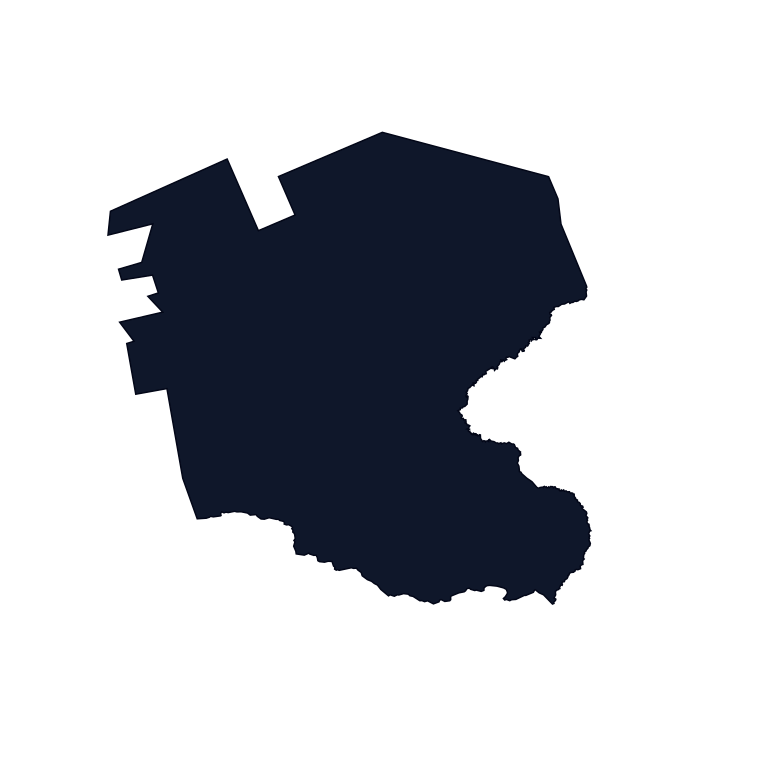 the district of Anta, Salta, Argentina, rotated 247°
{"feature_id": "61730980B73249877879896", "entity_name": "Anta", "entity_type": "district", "adm_level": 2, "iso_a3": "ARG", "parent_name": "Argentina", "parent_adm1": "Salta", "projection": "mercator", "projection_center": [-64.349, -24.908], "detail": "fine", "context": "isolated", "style": "filled", "palette": "ink", "viewbox_px": 768, "rotation_deg": 247, "n_neighbors": 0, "source": "geoboundaries", "source_scale": "gbopen_adm2", "svg_char_len": 6171}
<svg xmlns="http://www.w3.org/2000/svg" viewBox="0 0 768 768"><g transform="rotate(247 384 384)"><path d="M115.6,453.1L115.6,454.7L116.7,454.8L117.8,457.3L118.8,458.1L120.6,456.9L122.8,459.6L126.1,460.7L126.8,462.9L126.6,464.6L127.5,465.5L127.2,466.0L128.2,466.1L129.9,468.2L129.1,469.3L130.0,470.0L131.1,469.8L132.0,470.9L131.6,472.8L133.0,473.9L133.4,476.5L134.9,478.2L135.8,478.3L135.9,479.6L137.3,480.8L137.4,482.7L136.7,484.8L137.2,486.8L138.2,487.4L138.1,488.8L137.3,489.9L137.2,492.8L139.7,493.4L140.4,495.2L140.2,496.6L143.8,497.8L144.7,499.9L145.6,499.5L146.7,500.0L149.0,501.3L149.5,502.4L151.2,503.0L151.2,504.4L152.4,505.7L153.2,507.6L154.2,508.3L154.7,510.3L156.7,511.7L160.7,511.7L161.5,512.9L162.8,512.8L163.7,514.1L166.1,513.8L168.2,515.8L168.1,517.1L169.3,516.7L171.9,517.2L172.7,516.8L173.2,517.5L173.9,517.3L174.7,517.9L176.0,516.8L177.9,516.8L179.1,518.2L180.8,518.1L181.1,519.3L184.1,518.5L185.6,520.1L187.2,520.3L192.1,517.6L192.8,517.8L192.8,519.1L194.0,519.1L195.3,517.4L197.3,517.9L198.7,517.4L200.0,516.1L201.6,516.7L203.8,515.0L204.2,515.7L206.2,515.2L208.3,516.0L208.7,515.2L209.6,515.1L210.4,514.3L210.4,513.0L212.4,512.6L213.1,510.5L214.5,509.8L214.7,508.1L216.3,508.0L216.1,506.0L217.2,505.8L216.8,504.3L218.2,503.7L218.8,504.2L220.6,501.5L222.4,501.4L222.8,500.4L222.3,499.3L223.6,499.1L224.6,497.1L223.9,495.8L225.0,495.2L224.5,494.1L225.1,493.2L226.0,493.2L226.1,492.1L227.1,491.6L227.0,490.6L226.4,490.1L227.2,489.4L227.8,487.1L227.4,485.9L229.1,484.3L236.1,482.1L241.6,478.6L247.5,475.8L249.3,475.6L250.4,474.5L255.7,476.1L259.1,475.8L261.0,477.8L263.8,478.6L265.3,480.7L265.2,481.9L266.2,482.5L267.3,482.3L268.0,483.1L270.6,481.7L272.7,481.8L274.1,480.2L277.3,480.3L278.2,479.7L278.8,478.2L281.6,476.2L281.2,473.5L282.8,471.7L283.0,468.7L284.2,468.7L284.3,466.0L285.3,465.7L285.6,464.5L288.0,462.7L289.6,460.3L291.8,459.4L291.7,458.5L290.2,457.9L291.2,457.2L291.5,455.4L291.2,454.8L292.0,454.8L292.8,453.7L292.5,452.3L296.2,451.6L298.9,452.6L299.2,451.7L299.7,452.5L300.1,451.9L299.5,451.2L299.7,450.0L300.9,450.0L301.2,449.5L300.8,448.9L301.2,448.6L302.3,449.2L302.8,448.2L302.0,447.8L302.4,446.6L302.8,447.6L303.8,447.1L303.3,446.2L303.5,445.0L304.2,445.2L304.6,444.5L305.3,444.8L305.9,444.2L306.8,444.5L306.8,443.8L307.7,443.2L308.4,443.5L308.9,444.8L310.1,443.0L310.3,444.9L311.4,445.5L311.9,446.7L313.3,445.7L313.6,444.7L316.1,444.4L316.2,443.5L317.2,443.6L317.3,444.8L319.1,445.3L319.8,443.4L321.3,443.6L322.1,441.7L323.0,441.9L323.9,443.5L324.9,443.6L327.0,442.3L328.3,442.4L330.6,441.5L330.6,444.2L331.9,444.7L331.4,447.0L332.1,447.8L331.8,449.6L333.0,452.7L335.7,453.8L337.6,455.5L338.5,455.4L339.2,456.4L340.3,456.3L339.9,454.7L341.1,454.6L342.8,456.9L344.4,456.4L345.0,458.1L347.2,459.8L347.2,461.5L348.7,464.7L347.2,466.1L347.8,466.4L348.6,465.7L349.1,465.9L349.0,466.6L350.2,466.5L350.1,467.4L349.1,467.9L348.9,468.6L349.7,469.9L351.2,470.2L350.7,471.7L351.8,472.1L352.5,475.0L353.2,475.8L352.3,477.2L354.2,478.6L353.4,479.5L353.8,480.8L353.4,481.7L354.0,482.4L355.6,482.2L356.0,483.1L356.8,488.2L356.4,489.0L357.3,489.4L357.4,490.3L356.7,491.0L355.6,490.3L355.1,491.5L353.4,491.1L354.3,493.3L353.6,494.3L354.7,495.1L355.7,494.9L357.2,497.8L359.1,499.6L358.7,501.0L360.5,501.0L360.1,501.9L358.7,501.7L359.3,503.3L358.0,503.7L358.5,504.4L358.5,506.5L360.3,506.1L360.9,507.2L360.2,508.4L360.4,509.9L356.2,514.1L356.1,514.9L356.9,515.9L357.2,517.9L359.9,518.6L360.8,521.1L361.9,521.4L362.3,522.8L363.0,523.3L362.7,524.0L360.0,524.1L359.5,525.7L360.0,526.2L361.9,526.0L362.4,528.5L363.7,529.5L362.9,530.8L363.1,531.6L363.8,531.7L364.5,533.4L365.6,532.9L366.3,534.8L367.7,534.7L367.8,536.6L366.2,536.7L366.8,537.6L366.4,539.3L368.8,538.8L367.5,541.7L366.0,540.8L365.3,541.1L365.1,542.1L366.1,543.6L364.9,546.0L367.3,545.2L369.1,547.6L371.1,547.4L371.1,548.4L369.9,548.5L370.0,549.0L371.0,549.7L372.0,551.5L373.5,552.2L373.6,554.5L375.1,556.7L375.3,559.2L375.8,560.2L377.0,560.7L377.9,561.8L380.4,562.5L381.7,565.0L382.6,565.0L383.8,564.0L385.1,564.5L384.9,565.8L386.0,567.7L386.2,569.9L388.1,570.2L388.1,572.7L387.2,574.8L388.0,578.7L387.1,581.5L387.5,585.7L387.0,586.4L385.6,586.6L385.8,588.4L385.3,589.8L385.7,591.9L384.8,593.5L384.7,595.5L385.2,596.6L384.7,599.0L383.4,600.9L385.8,604.8L389.9,606.0L391.3,607.4L392.9,606.9L393.9,608.5L395.2,608.7L462.0,609.4L486.5,616.5L510.5,616.5L616.3,480.8L616.2,367.9L574.3,368.2L574.2,328.3L652.4,327.5L649.9,199.7L628.9,188.1L621.8,233.8L590.6,208.5L593.4,184.5L582.2,183.2L574.7,213.5L556.0,211.9L557.0,200.9L536.6,208.4L544.2,164.8L521.0,170.6L521.8,163.0L471.6,151.5L464.6,182.4L375.8,161.9L332.9,159.4L329.9,168.0L329.6,171.2L330.0,172.6L328.4,175.0L326.5,181.9L326.6,182.6L328.6,183.0L329.8,184.6L327.9,186.4L327.8,188.4L326.5,190.4L325.2,196.7L323.8,198.6L322.2,202.6L318.5,208.0L315.6,209.6L313.8,215.2L311.7,215.7L307.8,218.1L306.3,221.1L305.8,226.0L301.5,232.0L300.6,234.1L299.2,234.6L296.7,238.0L295.1,238.1L294.1,237.4L292.4,239.2L291.7,241.4L288.6,243.7L287.4,243.6L286.9,242.6L285.1,243.1L283.3,242.2L281.6,243.0L280.2,242.9L276.4,241.9L275.1,239.9L273.6,240.4L270.0,237.5L264.5,237.5L261.9,236.8L257.6,243.8L257.7,248.8L256.6,249.1L253.7,252.4L253.0,254.6L250.3,254.8L247.2,254.1L245.7,255.2L243.2,259.7L242.7,263.2L241.0,266.8L236.1,266.4L234.5,267.2L232.9,266.2L231.3,267.3L231.1,268.9L230.0,269.9L227.6,282.2L226.2,283.9L225.2,286.7L222.9,287.3L219.4,289.4L216.0,289.0L210.4,292.3L207.2,295.5L204.2,297.1L201.5,299.4L196.1,300.8L187.2,305.4L187.6,307.2L184.6,310.6L184.8,313.8L184.0,315.2L183.4,320.1L181.0,324.3L179.0,325.1L177.1,327.8L170.5,332.3L169.8,334.3L167.8,336.3L167.4,339.4L162.3,343.6L162.0,349.5L163.2,350.6L163.3,352.3L160.1,355.0L158.8,359.8L159.4,361.1L162.3,362.3L162.6,363.3L162.5,371.3L161.4,376.6L161.8,378.3L163.2,380.3L162.8,382.8L161.2,383.5L158.4,386.9L158.3,388.3L155.1,392.5L155.0,395.3L157.2,396.4L158.0,398.7L158.1,400.2L157.3,402.7L153.8,409.0L149.6,414.4L147.2,416.3L144.1,416.3L142.8,415.5L140.8,412.6L139.9,410.1L138.0,410.7L137.8,412.6L135.4,415.1L135.6,417.1L134.2,421.2L134.6,430.7L134.0,431.9L133.9,440.1L135.5,442.1L135.5,442.9L131.2,445.2L127.6,448.5L115.6,453.1Z" fill="#0f172a" stroke="#020617" stroke-width="1.5"/></g></svg>